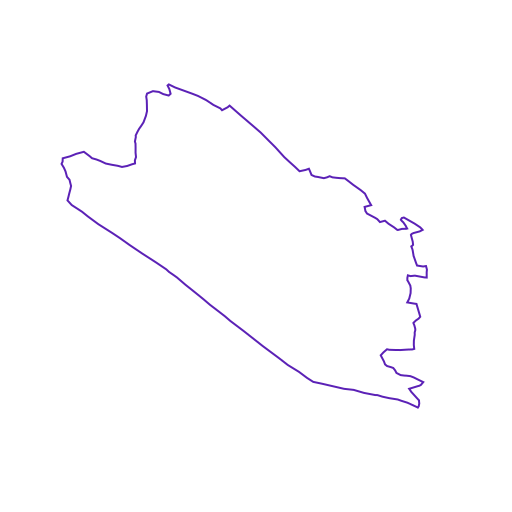 outline of Al-Sulaymaniyah, As-Sulaymaniyah, Iraq, rotated 345°
{"feature_id": "34846034B55719256527363", "entity_name": "Al-Sulaymaniyah", "entity_type": "district", "adm_level": 2, "iso_a3": "IRQ", "parent_name": "Iraq", "parent_adm1": "As-Sulaymaniyah", "projection": "robinson", "projection_center": [45.485, 35.442], "detail": "fine", "context": "isolated", "style": "outline", "palette": "violet", "viewbox_px": 512, "rotation_deg": 345, "n_neighbors": 0, "source": "geoboundaries", "source_scale": "gbopen_adm2", "svg_char_len": 3467}
<svg xmlns="http://www.w3.org/2000/svg" viewBox="0 0 512 512"><g transform="rotate(345 256 256)"><path d="M423.7,273.9L423.2,272.9L422.0,270.8L417.6,265.8L408.8,257.1L406.7,257.1L405.6,258.1L405.3,258.5L405.6,259.2L406.1,260.2L407.0,261.6L408.5,265.8L408.8,267.5L409.1,268.6L408.9,268.6L408.2,268.6L404.1,267.6L399.7,267.6L399.1,267.2L396.8,264.1L392.4,259.2L389.7,255.3L384.5,255.3L382.7,251.8L381.0,250.0L374.2,243.7L373.4,241.1L373.3,240.9L373.4,240.0L373.6,236.7L376.6,236.7L380.1,236.7L380.4,236.7L380.1,235.6L378.3,228.6L377.4,224.0L374.2,219.5L368.3,212.4L364.0,206.7L361.9,204.0L357.5,202.6L353.7,201.2L350.2,199.8L347.8,198.0L344.9,198.4L341.7,198.4L336.1,195.6L333.5,194.5L330.6,192.1L330.3,189.6L329.7,185.4L326.2,185.7L320.0,185.4L316.8,180.1L312.7,173.8L308.9,167.8L302.8,155.9L298.1,147.8L292.5,138.0L286.4,129.0L284.6,126.4L277.6,116.2L269.4,103.9L267.1,105.0L260.9,106.4L259.8,104.2L253.9,99.0L248.4,92.7L241.3,86.3L236.1,82.5L221.5,72.3L216.2,67.7L214.7,68.4L215.5,72.4L215.5,77.2L213.2,78.4L208.3,75.6L204.7,72.4L199.1,70.1L192.8,70.9L191.2,73.6L190.8,77.2L189.8,81.5L188.2,87.9L185.9,92.2L181.9,97.8L178.9,100.5L176.0,102.9L173.7,105.3L172.3,106.9L171.0,108.4L170.7,110.0L168.7,114.0L168.7,116.3L167.7,120.3L166.4,125.0L165.7,129.4L163.8,132.2L163.1,135.3L160.1,135.3L154.9,135.7L149.6,135.3L146.7,133.6L145.6,133.0L140.4,130.6L134.8,127.8L130.2,123.9L126.9,121.5L122.9,119.1L121.3,116.7L116.7,110.8L108.8,110.8L102.2,111.6L94.6,111.6L93.6,114.8L92.0,116.7L93.3,121.1L93.9,125.0L93.9,130.6L95.6,134.1L95.5,137.7L95.5,140.5L93.9,143.6L91.6,147.6L90.3,150.0L88.3,153.5L91.2,159.1L99.4,168.2L103.7,174.1L111.9,184.4L123.1,196.6L129.1,203.4L136.6,212.5L146.5,223.9L158.0,236.6L165.9,245.7L167.9,248.9L171.9,253.6L174.2,256.4L174.8,257.3L180.4,265.5L188.0,275.8L194.3,284.5L198.9,291.2L210.4,306.2L214.4,312.1L224.6,325.2L239.1,344.6L251.6,360.4L258.5,369.5L267.5,379.0L273.7,386.9L278.7,392.4L286.6,396.4L306.7,407.1L315.7,410.6L324.9,416.2L334.2,420.7L335.0,421.1L337.3,421.8L341.7,424.6L344.4,426.0L347.9,427.8L355.8,431.3L358.8,433.4L364.3,436.9L372.7,443.9L373.1,444.3L374.3,443.2L375.5,440.8L375.9,438.4L376.1,437.6L375.9,437.3L374.6,434.8L370.8,427.4L370.0,425.0L369.6,423.9L370.0,423.9L378.4,423.6L380.2,423.6L381.9,423.2L384.2,421.6L384.9,421.1L384.2,420.5L379.6,416.5L376.9,414.1L374.0,412.0L370.5,410.6L368.4,409.9L364.9,408.5L361.4,405.3L360.8,402.5L359.6,399.7L357.6,398.3L354.1,396.2L352.6,394.1L352.3,390.9L351.0,385.2L350.8,384.2L351.0,384.1L354.1,382.1L358.4,380.0L360.5,381.1L366.1,382.8L371.1,384.2L378.1,385.6L382.8,386.7L384.8,386.7L385.4,382.8L386.6,378.6L388.1,375.1L388.9,373.3L389.5,370.9L390.7,368.8L391.0,367.4L391.0,366.2L391.0,365.0L391.0,363.8L390.8,362.4L390.7,361.4L390.8,361.3L393.9,359.6L396.8,358.6L398.9,357.2L398.9,356.1L398.6,343.8L396.2,342.8L390.8,340.3L390.1,340.0L390.8,339.2L393.0,336.8L395.7,331.9L397.1,327.3L397.3,325.3L397.4,324.5L397.3,324.1L396.5,320.6L396.1,319.1L395.9,318.5L396.1,318.0L396.5,316.4L397.7,314.0L400.0,315.4L404.4,316.1L413.2,320.3L415.3,321.0L416.7,315.7L417.1,314.7L417.6,313.3L417.6,312.1L417.6,310.9L417.6,309.7L414.7,309.4L409.1,306.9L408.8,304.1L408.3,297.3L408.2,296.7L408.3,296.2L408.8,291.0L408.8,290.4L408.8,289.8L408.6,288.0L408.5,286.9L409.4,286.6L410.6,285.9L411.1,282.7L411.1,281.6L411.1,279.9L411.1,278.8L411.1,277.7L411.1,276.8L411.1,275.7L412.0,275.0L414.1,274.6L417.9,274.6L420.5,274.6L423.2,274.0L423.7,273.9Z" fill="none" stroke="#5b21b6" stroke-width="2"/></g></svg>